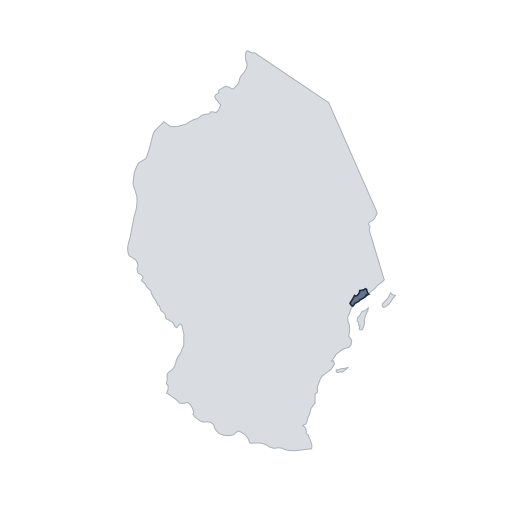 Pangani, Tanga, United Republic of Tanzania (highlighted), rotated 34°
{"feature_id": "72390352B29030119078393", "entity_name": "Pangani", "entity_type": "district", "adm_level": 2, "iso_a3": "TZA", "parent_name": "United Republic of Tanzania", "parent_adm1": "Tanga", "projection": "robinson", "projection_center": [38.828, -5.615], "detail": "fine", "context": "in_parent", "style": "filled", "palette": "slate", "viewbox_px": 512, "rotation_deg": 34, "n_neighbors": 0, "source": "geoboundaries", "source_scale": "gbopen_adm2", "svg_char_len": 6272}
<svg xmlns="http://www.w3.org/2000/svg" viewBox="0 0 512 512"><g transform="rotate(34 256 256)"><path d="M202.0,351.6L197.5,348.9L193.4,347.3L190.1,345.5L188.6,343.8L185.4,343.1L182.7,342.8L180.2,341.2L175.0,340.5L174.5,339.5L174.4,337.0L173.5,336.4L171.6,335.8L169.6,335.8L168.3,336.2L167.6,336.0L165.9,334.6L164.3,332.8L163.7,329.9L161.4,328.0L158.6,326.5L151.1,326.7L149.9,326.2L148.1,324.8L146.0,322.4L144.3,319.6L142.8,315.9L141.2,310.8L132.5,290.6L131.5,286.8L129.8,282.6L127.0,277.4L124.1,273.5L120.1,270.0L115.5,266.5L113.1,264.2L108.4,254.7L107.4,250.3L106.6,245.6L106.9,243.8L109.8,237.8L110.1,236.2L109.7,233.9L108.3,229.2L106.4,223.4L102.7,213.0L102.1,210.4L102.2,208.4L104.3,197.8L104.3,196.3L113.0,196.5L119.3,191.8L124.8,184.9L125.9,182.0L128.2,177.5L130.4,175.3L131.2,173.8L132.5,169.3L135.4,166.3L138.2,164.0L137.6,162.3L138.0,161.8L139.6,160.6L142.6,159.5L143.2,157.2L143.1,154.5L142.7,153.0L142.7,151.3L142.3,150.4L140.3,150.2L137.4,148.8L134.9,148.3L133.3,147.5L132.7,146.9L132.4,145.4L133.8,141.3L132.4,139.6L135.4,132.9L136.0,132.1L137.1,132.0L138.8,131.2L140.4,130.9L141.8,131.2L142.7,130.9L143.6,130.1L144.3,127.9L144.9,124.0L144.6,120.9L143.3,118.5L142.9,114.9L143.5,109.9L143.1,105.8L141.7,102.6L140.3,100.6L138.1,99.7L134.6,94.7L133.6,92.3L133.8,90.8L135.0,90.2L137.1,90.4L139.2,89.8L141.1,88.4L143.0,88.0L143.9,88.3L230.7,88.3L332.1,152.3L332.5,153.1L333.3,158.6L333.1,160.4L331.6,163.6L331.1,165.3L331.1,166.4L331.5,166.9L332.8,167.1L333.9,167.8L334.4,168.4L335.2,170.8L336.3,172.0L374.8,203.4L375.7,203.9L375.2,206.5L373.0,212.9L372.9,215.6L372.0,218.7L371.2,220.8L369.0,229.8L367.1,233.1L364.6,241.0L364.2,247.1L365.6,251.3L366.1,255.2L369.1,259.1L371.4,260.5L373.0,262.3L375.9,266.3L377.5,270.4L382.6,272.4L384.6,276.9L383.9,280.1L381.5,282.7L379.3,286.9L377.5,292.4L377.5,300.9L378.7,299.6L381.4,301.7L381.7,307.9L379.0,315.1L378.1,318.5L378.0,321.4L380.0,330.1L383.0,334.5L382.8,335.9L382.0,337.1L387.2,344.9L386.8,351.7L388.8,357.0L389.6,361.6L390.9,365.1L391.2,367.5L389.5,370.2L393.4,370.9L395.6,373.1L396.7,375.2L399.4,375.1L400.9,376.5L403.1,377.7L407.8,381.3L409.1,383.0L409.9,384.7L396.8,395.9L392.0,398.8L388.7,400.1L385.1,400.8L381.6,402.6L378.4,405.4L374.3,406.7L369.2,406.8L363.9,408.7L355.6,414.5L350.7,411.3L346.9,410.2L342.5,410.4L339.9,410.7L338.9,411.4L338.1,413.4L337.4,416.6L334.5,419.7L329.5,422.7L324.8,423.8L320.6,423.0L317.7,421.8L316.2,420.1L314.0,419.3L311.1,419.4L308.3,420.6L305.6,423.0L301.3,424.0L295.5,423.6L292.3,422.5L291.9,420.6L289.3,418.3L284.6,415.8L281.1,415.7L278.9,418.2L276.9,419.8L275.1,420.4L273.4,420.5L271.1,419.8L264.6,419.5L258.4,419.6L257.8,416.0L256.5,413.8L255.4,412.5L253.3,412.2L252.7,411.2L252.0,409.0L250.9,407.1L249.5,405.5L248.7,404.0L248.4,402.7L248.6,401.2L249.9,397.5L250.3,395.0L250.1,392.4L249.4,389.8L248.0,386.6L248.1,385.7L247.6,383.6L247.6,382.1L247.8,380.2L247.6,377.7L246.3,372.5L246.3,371.1L244.9,368.6L240.8,362.6L240.6,361.8L234.2,355.7L231.7,354.4L230.7,355.5L230.4,356.6L230.7,358.5L230.5,359.5L230.2,359.9L228.7,359.8L227.8,359.6L225.3,358.0L223.5,357.6L218.8,357.9L217.1,358.3L215.8,357.9L213.3,355.1L210.4,354.5L207.8,354.4L203.5,351.2L202.0,351.6ZM383.3,250.3L385.4,257.0L385.1,258.2L383.6,259.0L382.9,259.1L381.9,258.0L381.3,255.8L380.1,256.3L378.2,253.6L376.3,253.5L374.6,250.3L375.3,247.5L374.9,242.7L377.0,240.3L378.1,236.1L379.4,239.0L379.8,243.3L381.5,248.5L383.3,250.3ZM393.5,210.6L393.7,212.2L393.2,213.7L393.3,218.4L393.2,221.5L391.6,225.9L390.3,227.4L389.1,227.0L388.2,226.3L387.5,225.1L389.0,217.1L388.2,211.2L391.2,211.8L393.5,210.6ZM389.2,306.8L387.7,307.2L387.1,306.8L386.2,305.5L387.8,304.4L389.3,302.2L392.9,299.1L394.6,296.5L394.3,299.0L392.3,304.4L390.6,304.8L389.2,306.8Z" fill="#d9dde1" stroke="#a8b0b8" stroke-width="1"/><path d="M363.9,243.7L364.2,243.1L364.5,242.8L364.5,242.1L364.5,240.7L364.6,239.7L365.4,238.2L366.2,236.8L366.6,236.0L366.7,235.4L366.8,234.3L367.0,233.8L366.9,233.7L367.0,233.5L367.2,233.4L367.3,233.2L367.6,232.9L367.7,232.7L367.8,232.5L367.8,232.3L367.9,232.1L368.1,231.6L368.2,231.3L368.3,231.2L368.5,231.0L368.6,230.9L368.7,230.7L368.7,230.3L368.8,230.1L368.9,229.9L369.0,229.8L369.0,229.6L369.0,229.4L369.1,229.2L369.3,228.9L369.4,228.6L369.5,228.4L369.5,228.1L369.6,227.9L369.6,227.5L369.4,227.5L369.2,227.4L369.2,227.2L369.2,226.8L369.2,226.6L369.3,226.5L369.4,226.4L369.5,226.4L369.8,226.2L369.9,226.3L370.0,226.3L370.1,226.2L370.3,225.9L370.4,225.7L370.4,225.4L370.5,225.3L370.5,225.1L370.6,224.9L370.7,224.6L370.8,224.5L370.7,224.5L370.5,224.4L370.4,224.4L370.2,224.4L369.9,224.3L369.7,224.3L369.4,224.2L369.2,224.1L369.0,223.9L368.9,223.9L368.7,223.8L368.6,223.7L368.4,223.5L368.3,223.4L368.2,223.4L367.9,223.2L367.5,222.9L367.3,222.8L367.2,222.7L366.9,222.5L366.8,222.4L366.7,222.3L366.7,222.2L366.4,222.0L366.4,221.9L366.2,221.9L365.9,221.9L365.7,221.8L365.4,221.8L365.2,221.9L364.9,221.9L364.8,222.0L364.8,222.3L364.8,222.5L364.7,222.8L364.7,223.0L364.6,223.3L364.5,223.5L364.4,223.6L364.3,223.8L364.2,223.8L364.0,224.0L363.9,224.0L363.7,224.2L363.7,224.3L363.4,224.5L363.2,224.8L363.1,225.0L362.9,225.2L362.9,225.3L362.7,225.5L362.5,225.8L362.4,225.9L362.3,226.0L362.2,226.0L361.9,226.1L361.7,226.2L361.6,226.3L361.4,226.4L361.3,226.5L361.5,226.8L361.4,226.9L361.6,227.2L361.7,227.5L361.8,227.6L361.9,227.8L362.0,228.0L362.1,228.3L362.2,228.5L362.2,228.8L362.2,229.0L362.1,229.3L362.1,229.5L362.1,229.8L362.2,230.0L362.2,230.4L362.2,230.5L362.2,230.9L362.2,231.1L362.1,231.3L362.1,231.5L362.0,232.0L361.8,232.4L361.6,232.7L361.4,233.0L361.2,233.2L361.1,233.4L361.0,233.5L360.8,233.5L360.4,233.5L360.1,233.5L359.7,233.5L359.7,233.8L359.8,234.0L359.9,234.6L359.9,234.8L359.9,235.1L359.9,235.3L360.0,235.5L360.0,236.0L360.0,236.3L360.1,236.5L360.1,236.9L360.1,237.0L360.2,237.3L360.3,237.4L360.3,237.5L360.2,237.7L360.1,237.9L360.1,238.0L360.2,238.3L360.2,238.5L360.3,238.7L360.3,238.8L360.2,238.9L360.2,239.0L360.3,239.1L360.2,239.3L360.2,239.6L360.2,239.8L360.3,240.1L360.3,240.5L360.3,240.8L360.2,240.9L360.2,241.1L360.3,241.2L360.2,241.3L360.2,241.5L360.2,241.8L360.3,241.9L360.3,242.0L360.4,242.4L360.4,242.5L360.5,242.8L360.9,243.0L361.0,243.0L361.3,243.0L361.7,243.3L362.1,243.4L362.6,243.4L362.9,243.4L363.4,243.6L363.8,243.8L363.9,243.7Z" fill="#64748b" stroke="#1e293b" stroke-width="1.5"/></g></svg>